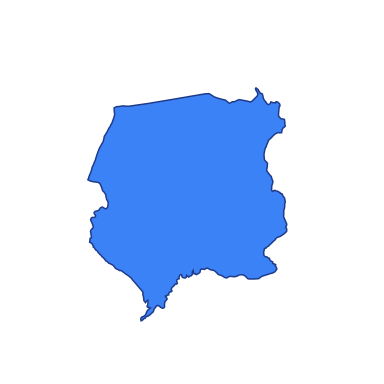 Ratau, Maseru, Lesotho (orthographic projection), rotated 318°
{"feature_id": "5366337B91346461785811", "entity_name": "Ratau", "entity_type": "district", "adm_level": 2, "iso_a3": "LSO", "parent_name": "Lesotho", "parent_adm1": "Maseru", "projection": "orthographic", "projection_center": [27.776, -29.38], "detail": "fine", "context": "isolated", "style": "filled", "palette": "blue", "viewbox_px": 384, "rotation_deg": 318, "n_neighbors": 0, "source": "geoboundaries", "source_scale": "gbopen_adm2", "svg_char_len": 5858}
<svg xmlns="http://www.w3.org/2000/svg" viewBox="0 0 384 384"><g transform="rotate(318 192 192)"><path d="M199.9,306.7L201.2,306.6L202.2,306.4L203.6,306.0L204.4,303.8L204.5,302.2L205.5,302.1L205.3,301.0L204.1,299.1L205.2,298.0L204.4,295.6L204.4,294.2L205.2,293.2L204.2,291.3L204.3,290.4L203.3,289.4L203.1,288.4L202.9,287.3L204.0,286.0L205.5,284.1L206.8,283.6L207.0,283.4L208.1,282.3L209.3,283.2L210.0,283.1L211.2,283.0L212.7,283.4L213.7,283.3L217.1,283.2L220.3,283.1L221.8,283.2L222.7,282.9L223.9,282.6L225.2,282.9L226.2,283.3L227.7,284.0L228.6,284.1L229.9,284.4L231.2,284.5L232.7,284.7L234.9,284.7L236.3,284.4L237.8,282.6L238.1,280.7L239.5,280.4L240.9,279.3L241.5,277.7L241.8,276.7L242.1,275.9L242.7,274.1L243.6,271.6L244.3,270.9L245.1,270.1L245.8,269.4L247.6,267.3L248.8,266.6L249.6,266.1L250.2,265.6L251.6,264.4L252.8,263.0L254.7,261.8L255.6,260.3L256.7,258.5L256.8,258.1L257.0,255.7L257.7,253.7L256.7,252.1L257.1,251.2L256.3,249.8L256.2,248.7L255.2,247.6L254.9,246.5L254.0,245.7L252.5,245.7L252.2,244.6L252.9,243.1L253.7,242.6L254.8,241.4L255.6,240.6L256.9,240.0L258.2,239.1L259.3,238.1L260.1,235.9L260.7,234.8L261.3,233.4L261.3,231.3L261.5,227.9L262.1,225.6L264.0,224.3L267.4,221.1L267.2,216.8L268.0,215.8L269.3,213.9L270.8,212.1L273.9,209.7L275.6,208.5L277.2,208.1L278.1,207.5L279.2,206.9L281.3,206.0L281.6,205.8L283.4,204.8L287.2,204.8L288.0,204.7L289.5,204.5L292.6,204.5L295.3,205.2L298.3,207.9L300.2,206.3L302.1,205.4L303.9,205.5L305.4,205.5L306.1,204.1L307.6,202.4L309.3,199.9L307.1,196.9L307.1,193.7L307.6,193.0L308.7,191.7L309.9,190.6L313.7,187.1L314.8,187.0L316.0,185.5L316.0,183.6L315.6,182.0L314.7,181.1L313.6,181.6L313.1,180.8L312.5,180.3L311.7,179.7L311.5,178.7L310.8,177.8L310.0,178.2L309.4,178.6L308.2,178.6L306.9,177.8L306.8,176.8L307.1,175.2L307.1,173.9L307.3,171.4L308.0,169.6L308.5,168.8L309.3,167.5L309.9,165.8L308.7,164.2L309.1,163.2L309.2,161.9L309.7,160.3L309.2,157.5L308.4,157.6L307.6,159.1L307.4,160.7L307.0,162.1L306.2,163.5L304.8,164.3L302.7,164.4L299.2,164.6L296.8,164.6L295.8,164.2L293.5,160.9L290.7,157.3L289.1,155.1L287.2,154.2L284.3,153.5L282.3,151.9L279.2,151.2L278.7,149.0L278.4,146.2L276.1,142.9L273.4,138.6L272.1,136.0L271.2,132.6L270.5,130.3L267.4,127.8L239.1,109.9L219.0,97.1L209.0,90.4L202.0,85.7L198.1,81.6L195.1,79.8L193.4,78.3L190.5,77.3L189.1,78.9L186.4,82.6L185.3,83.5L183.9,84.3L181.4,85.7L178.8,87.1L176.3,87.9L175.0,88.7L174.1,88.6L171.1,89.7L169.2,90.5L165.8,91.5L164.1,91.9L162.2,93.4L160.4,94.6L159.7,95.2L158.9,95.4L157.8,95.7L155.7,96.4L154.6,96.8L152.7,97.4L150.1,98.7L146.1,100.8L141.3,103.7L138.4,105.0L137.1,105.7L136.1,106.1L134.4,106.8L131.8,108.6L128.6,110.3L126.1,111.4L124.2,112.6L122.8,113.2L123.2,114.4L123.9,116.0L125.2,117.9L126.7,119.7L128.2,121.5L129.0,122.9L129.1,124.2L128.8,125.7L127.1,130.0L126.5,131.0L126.5,132.1L126.6,133.3L126.2,135.9L125.6,137.1L124.7,138.4L123.7,140.2L123.4,141.2L122.8,143.6L121.6,144.8L120.2,146.0L119.1,146.8L117.8,147.0L116.7,146.9L115.8,144.9L115.4,143.3L114.5,142.8L113.4,142.5L111.3,143.0L110.2,143.1L109.1,142.7L107.8,141.9L106.6,141.6L105.6,141.7L104.7,143.1L104.7,143.9L104.5,145.2L103.7,145.7L103.0,145.8L102.0,145.2L100.9,144.1L100.2,144.0L98.7,144.3L98.1,144.8L97.5,146.2L96.9,148.4L96.1,150.4L95.4,151.7L94.6,152.4L91.9,152.6L91.2,152.8L90.3,153.3L89.3,154.8L88.4,156.3L87.6,157.4L87.0,158.3L86.1,158.6L85.2,158.3L82.3,160.9L83.1,162.2L82.8,163.0L83.2,164.2L82.7,165.0L82.6,166.4L81.8,166.7L82.0,167.7L82.1,168.8L81.7,170.0L81.7,170.9L82.2,172.5L81.8,173.6L81.8,175.1L81.8,177.0L82.1,178.2L81.8,179.8L82.1,181.0L82.1,182.1L82.1,183.4L81.9,185.5L82.5,187.5L82.5,189.3L83.3,190.6L83.6,191.6L84.1,193.0L84.4,194.1L84.2,195.4L84.1,197.1L84.3,198.5L85.0,200.0L85.7,202.0L86.9,203.1L87.0,204.5L87.5,205.9L87.6,207.4L87.9,208.6L88.5,210.8L88.9,212.7L89.2,215.3L89.0,217.3L89.0,219.1L89.0,221.3L88.6,233.5L86.9,235.3L86.2,236.6L85.5,237.9L83.6,240.5L83.4,243.1L83.7,243.0L85.1,242.8L86.8,242.8L85.8,244.3L84.1,245.7L83.3,246.4L82.2,246.8L81.8,247.8L82.4,248.4L83.0,249.5L83.4,250.3L81.6,250.2L80.6,250.2L79.7,250.2L78.2,250.8L77.2,251.2L76.0,252.0L75.1,252.1L74.4,252.2L72.7,252.0L72.4,251.9L72.1,251.8L71.3,251.4L70.9,251.4L70.0,251.4L69.2,251.9L68.7,252.4L68.0,253.7L69.3,254.1L69.7,254.1L70.7,254.0L71.9,254.0L72.6,254.5L74.6,254.0L76.4,254.9L78.4,255.1L79.5,255.1L81.0,255.1L82.6,255.1L83.0,255.1L83.4,254.9L84.3,254.5L85.1,253.7L86.5,253.5L87.8,253.4L88.7,252.9L89.5,253.1L90.4,253.1L90.9,254.2L91.6,255.3L91.4,256.3L91.7,257.2L92.1,258.3L92.7,259.0L93.5,259.2L94.5,259.2L95.2,258.5L95.5,258.1L96.1,257.4L96.8,256.7L97.7,256.0L98.8,255.4L99.0,255.3L100.5,255.2L101.9,254.9L102.3,254.2L102.2,252.4L102.6,251.5L103.6,252.3L104.9,252.1L105.8,252.9L106.4,252.1L107.6,251.5L108.9,251.7L110.1,252.3L111.0,252.1L111.1,250.9L111.9,250.1L113.3,249.6L114.7,249.6L116.5,249.6L117.8,249.1L118.9,250.1L120.0,250.1L120.6,249.1L121.0,247.9L122.0,247.1L122.9,247.2L123.7,247.4L124.4,247.9L125.5,246.5L127.3,245.6L128.7,246.1L128.6,247.2L127.9,248.1L127.9,249.4L128.7,250.5L129.4,251.4L130.6,251.5L132.3,250.4L132.2,251.4L132.6,253.0L134.2,253.0L134.9,253.6L136.5,253.6L137.4,253.3L138.0,252.3L139.0,251.4L140.4,251.0L139.4,252.5L139.1,253.4L138.8,254.3L139.7,254.8L139.9,256.3L141.0,256.6L142.3,256.9L143.6,257.0L144.4,256.9L146.0,255.6L147.2,255.4L148.2,256.4L149.7,258.0L151.4,258.2L152.6,259.0L153.7,262.1L154.6,263.4L155.5,264.3L156.1,266.2L156.3,268.0L156.3,270.7L157.0,272.1L157.8,273.2L158.4,274.8L158.9,276.6L159.5,278.1L159.6,278.4L160.5,279.2L163.0,279.6L164.1,280.4L165.3,281.7L166.7,283.3L169.1,284.7L171.1,285.0L172.8,286.1L174.4,287.6L175.2,289.6L175.4,291.8L175.4,292.4L175.5,293.8L176.3,294.9L178.5,296.9L179.9,298.2L180.9,298.9L181.7,299.6L183.8,301.1L185.0,301.1L186.5,301.3L187.8,301.5L189.7,302.4L191.2,303.0L192.7,303.8L193.4,304.1L194.9,304.7L195.5,305.0L197.6,306.1L199.9,306.7Z" fill="#3b82f6" stroke="#1e3a8a" stroke-width="1.5"/></g></svg>